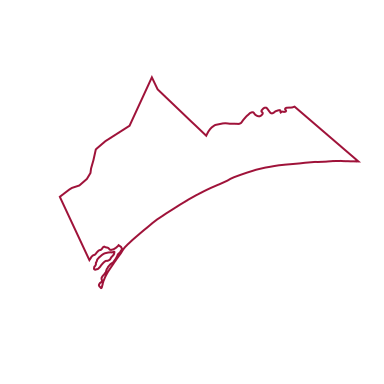 Marracuene, Maputo, Mozambique, rotated 41°
{"feature_id": "85939544B2591372162698", "entity_name": "Marracuene", "entity_type": "district", "adm_level": 2, "iso_a3": "MOZ", "parent_name": "Mozambique", "parent_adm1": "Maputo", "projection": "equal_earth", "projection_center": [32.747, -25.675], "detail": "fine", "context": "isolated", "style": "outline", "palette": "rose", "viewbox_px": 384, "rotation_deg": 41, "n_neighbors": 0, "source": "geoboundaries", "source_scale": "gbopen_adm2", "svg_char_len": 5765}
<svg xmlns="http://www.w3.org/2000/svg" viewBox="0 0 384 384"><g transform="rotate(41 192 192)"><path d="M95.4,282.3L97.3,283.2L132.2,298.7L159.2,310.7L159.1,310.1L159.1,309.5L159.0,309.1L159.0,308.5L158.8,307.9L158.7,307.3L158.7,306.2L158.8,305.4L158.9,304.8L159.1,304.3L159.4,303.8L159.6,303.6L159.8,303.2L159.9,302.1L159.9,301.2L159.8,300.3L159.8,299.6L159.9,298.7L159.9,297.9L160.1,297.2L160.2,296.9L160.5,296.3L161.0,295.8L161.2,295.2L161.2,294.7L161.3,294.2L161.3,293.9L161.2,293.3L161.2,292.9L161.1,292.2L161.2,291.7L161.4,291.2L161.6,290.8L162.0,290.7L162.9,290.5L163.4,290.2L164.0,289.9L164.6,289.5L165.1,289.3L165.7,289.2L166.3,289.2L166.8,289.3L167.3,289.4L167.9,289.4L168.2,289.2L169.0,288.7L169.5,287.9L169.9,287.4L170.4,286.6L170.6,286.0L170.7,285.8L170.8,285.2L171.0,284.9L171.1,284.5L171.3,283.5L171.4,282.5L171.6,281.4L171.5,280.3L174.4,280.0L176.5,280.8L176.6,281.0L176.7,281.5L176.9,282.1L176.9,282.8L177.0,283.6L177.1,284.1L177.3,284.6L177.3,285.1L177.3,285.6L177.1,286.0L177.1,286.5L177.0,287.3L177.0,287.7L177.1,288.1L177.3,288.6L177.6,289.4L177.9,290.8L178.3,292.8L178.5,295.5L178.5,295.8L178.7,296.2L178.7,296.9L178.4,297.7L178.2,298.4L177.8,299.8L177.8,300.7L177.8,301.7L177.8,302.5L177.8,303.2L177.9,304.0L178.1,304.5L178.2,304.9L178.2,305.5L178.3,306.1L178.4,306.4L178.6,306.9L178.7,307.3L179.0,307.8L179.2,308.2L179.3,308.5L179.6,309.2L179.6,309.9L179.6,310.6L179.7,311.3L179.8,311.8L179.8,312.2L179.7,313.0L179.7,313.5L179.7,314.0L179.8,314.7L179.9,315.3L180.0,315.8L180.2,316.3L180.7,316.8L181.1,317.2L181.7,317.5L182.2,317.8L182.4,318.1L182.6,318.4L182.6,319.8L182.5,320.4L182.3,320.8L182.3,321.4L182.4,322.0L182.5,322.6L182.6,322.9L182.9,323.4L183.8,323.9L184.4,324.0L184.9,324.0L185.5,324.0L186.0,324.2L186.4,324.2L186.6,324.0L186.6,323.6L186.5,323.3L186.4,322.9L186.3,322.7L185.8,321.8L185.4,320.9L185.0,320.1L184.6,319.5L184.4,319.1L184.3,318.7L183.9,318.0L183.6,317.3L183.2,316.0L182.4,313.7L181.8,311.5L181.1,308.3L180.8,306.6L180.3,302.6L179.7,297.2L179.5,296.5L179.4,294.4L179.1,292.3L179.0,291.3L178.9,289.9L178.7,287.6L178.5,285.0L178.3,283.8L177.9,281.5L177.7,279.7L177.6,277.5L177.8,274.9L177.8,274.0L178.0,272.5L178.5,267.4L179.2,262.5L179.9,257.7L180.8,251.9L181.6,247.5L182.5,241.5L183.7,235.5L184.4,233.1L186.6,225.0L191.2,209.6L194.2,200.3L194.2,200.2L197.3,191.6L200.5,183.6L201.8,180.5L203.7,176.2L206.1,171.2L206.7,169.9L207.5,168.4L209.4,164.3L211.3,160.1L212.4,156.8L214.0,153.3L215.6,150.4L217.6,146.8L219.1,144.2L220.9,141.1L223.5,136.9L225.8,133.1L228.1,129.9L231.3,125.5L234.2,122.0L237.0,118.5L240.0,114.9L243.1,111.6L244.5,110.1L248.4,106.1L254.5,99.8L258.0,95.9L262.0,91.8L264.9,88.8L267.5,86.6L269.7,84.5L271.4,82.9L273.4,81.0L274.6,79.7L277.3,77.0L278.2,76.0L278.7,75.7L280.1,74.3L282.6,72.2L283.7,71.1L285.7,69.6L288.2,67.6L289.8,66.2L291.6,64.8L293.5,63.1L294.9,62.0L294.9,61.9L295.1,61.7L296.1,61.1L296.2,60.9L297.5,59.8L213.4,60.3L213.0,61.0L212.6,61.7L212.2,62.4L211.7,62.9L211.4,63.3L210.8,63.8L210.1,64.4L209.4,65.1L208.8,65.7L208.3,66.2L207.9,66.7L207.7,67.2L207.6,67.8L207.9,68.4L208.3,68.6L208.9,68.7L209.3,68.8L209.8,69.1L209.9,69.8L209.6,70.4L209.1,71.0L208.4,71.5L207.8,71.8L207.4,72.1L207.1,72.5L207.0,72.9L207.0,73.2L206.9,73.5L206.8,73.4L206.5,73.6L206.2,73.6L205.9,73.2L205.5,72.8L205.2,72.6L204.6,72.6L204.1,73.1L203.6,73.7L203.2,74.3L202.8,75.1L202.4,75.6L201.9,76.9L201.8,77.5L201.7,78.3L201.4,79.2L201.0,79.9L200.2,80.6L199.3,80.8L198.2,80.6L196.7,80.3L195.8,80.1L195.1,79.9L194.4,79.8L193.8,79.7L193.2,79.6L192.7,79.7L192.3,80.0L191.9,80.4L191.5,80.8L191.3,81.3L191.1,81.9L191.0,82.6L191.0,83.4L191.0,84.4L191.0,84.8L191.3,85.4L191.7,85.7L192.3,85.7L193.0,85.8L193.4,85.9L193.8,86.3L193.9,86.5L194.1,87.0L194.1,88.0L194.0,88.9L193.8,89.6L193.5,90.2L193.3,90.6L192.5,91.2L191.6,91.7L190.9,91.9L190.2,92.0L189.5,92.2L188.4,92.1L187.8,92.0L187.1,91.8L186.7,91.7L186.0,91.7L185.7,91.9L185.1,92.3L184.7,92.9L184.4,93.5L184.0,94.4L183.9,95.2L183.8,96.3L183.7,97.2L183.5,98.2L183.4,99.7L183.4,103.8L183.5,105.0L183.6,106.0L183.7,106.8L183.7,107.7L183.4,108.6L183.0,109.3L182.7,109.9L182.4,110.1L180.4,111.7L178.2,113.5L176.5,115.0L175.6,115.8L174.5,116.5L173.2,117.4L172.8,117.7L172.1,118.2L171.5,118.8L170.3,120.0L166.0,125.6L165.9,125.7L165.4,126.6L165.1,127.7L164.8,129.0L164.5,130.3L164.4,132.7L164.7,135.7L165.5,139.1L165.8,140.2L150.8,139.5L145.3,139.3L98.8,137.1L97.8,136.7L86.5,131.8L101.4,183.0L93.3,210.4L93.1,211.7L91.7,221.0L91.5,223.0L96.7,232.6L100.4,240.5L102.9,244.3L104.1,251.1L102.7,261.0L100.3,265.0L98.7,267.7L97.8,270.6L95.4,282.3ZM169.9,314.1L170.2,313.9L170.3,313.6L170.5,313.3L170.6,313.0L170.9,312.7L171.2,312.3L171.4,311.9L171.6,311.3L171.6,310.9L171.6,310.2L171.7,309.6L171.7,308.9L171.7,308.3L171.5,307.3L171.5,306.2L171.5,305.4L171.5,304.9L171.5,304.1L171.6,303.0L171.7,302.2L171.8,301.9L171.9,301.2L172.1,300.7L172.4,300.3L172.7,300.0L173.2,299.5L173.4,299.4L173.6,299.1L173.7,298.9L173.8,298.4L174.0,298.1L174.2,297.7L174.3,297.1L174.4,296.6L174.3,296.1L174.2,295.8L174.1,295.3L174.1,295.0L174.0,294.7L173.9,294.3L173.9,293.9L174.0,293.4L174.0,292.9L174.0,292.3L174.0,291.8L174.0,291.2L174.0,290.6L173.9,290.2L173.6,289.6L173.2,288.8L172.9,288.3L172.6,288.1L172.4,288.2L172.3,288.5L172.0,288.9L171.6,289.5L171.2,290.2L170.2,290.7L169.9,291.2L169.0,292.0L168.2,293.0L166.6,295.2L166.3,295.7L165.9,296.6L165.6,297.6L165.3,298.8L165.2,299.6L165.1,300.3L165.0,301.4L164.8,301.9L164.8,302.5L164.8,303.3L164.8,304.2L164.8,305.0L164.9,305.4L165.2,305.9L165.4,306.4L165.7,307.2L165.8,307.8L165.9,308.4L166.2,308.9L166.6,309.2L167.0,309.8L167.2,310.4L167.3,310.9L167.4,311.4L167.3,312.0L167.3,312.5L167.5,312.8L167.7,313.2L168.1,313.7L168.3,314.1L168.7,314.4L169.0,314.4L169.4,314.4L169.5,314.3L169.9,314.1Z" fill="none" stroke="#9f1239" stroke-width="2"/></g></svg>